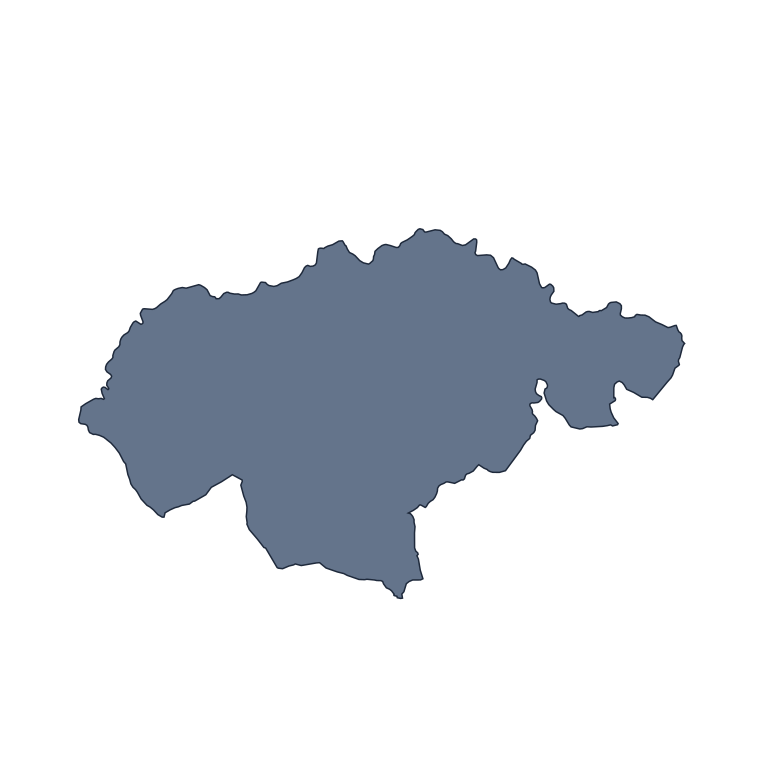 the district of Cuautempan, Puebla, Mexico, rotated 58°
{"feature_id": "50627088B27236807147286", "entity_name": "Cuautempan", "entity_type": "district", "adm_level": 2, "iso_a3": "MEX", "parent_name": "Mexico", "parent_adm1": "Puebla", "projection": "albers", "projection_center": [-97.792, 19.919], "detail": "fine", "context": "isolated", "style": "filled", "palette": "slate", "viewbox_px": 768, "rotation_deg": 58, "n_neighbors": 0, "source": "geoboundaries", "source_scale": "gbopen_adm2", "svg_char_len": 6170}
<svg xmlns="http://www.w3.org/2000/svg" viewBox="0 0 768 768"><g transform="rotate(58 384 384)"><path d="M519.5,248.1L525.9,241.8L527.1,239.2L527.8,234.6L530.2,231.2L535.8,221.0L537.7,216.6L538.7,213.5L540.7,212.4L542.3,207.5L541.6,206.4L534.4,207.1L528.3,206.3L524.8,205.3L520.6,203.3L520.6,196.8L520.0,196.0L519.1,195.5L517.7,195.5L517.4,196.4L509.0,191.1L506.4,188.6L505.8,185.2L506.2,182.9L509.0,181.2L512.0,180.8L517.1,181.0L523.5,176.7L531.8,172.4L534.9,167.7L537.3,165.6L539.7,164.4L532.5,142.9L530.9,137.4L529.3,134.5L524.8,128.9L524.4,124.0L524.0,123.2L520.7,122.3L519.4,121.2L518.4,119.2L510.9,111.3L509.3,108.8L509.0,107.6L505.1,108.3L502.7,107.1L501.1,105.9L499.4,105.4L497.5,105.6L496.3,106.2L494.1,106.2L489.2,105.1L488.6,106.2L487.5,111.2L486.6,113.3L481.0,116.7L475.2,120.8L467.4,123.7L464.0,126.1L461.6,129.7L459.0,132.6L459.0,134.5L459.8,135.8L459.0,138.7L457.4,142.1L455.7,144.7L453.2,146.3L450.8,147.0L449.5,146.3L446.0,142.8L443.4,141.2L440.9,141.4L437.5,143.5L435.1,148.3L434.9,149.5L435.1,151.2L437.1,154.7L437.0,160.8L436.1,161.9L435.9,162.8L436.2,163.8L433.9,169.1L431.2,171.5L430.4,173.0L430.0,174.5L430.4,179.4L429.7,181.8L430.0,182.6L429.8,183.2L423.7,185.3L420.9,186.3L418.9,187.6L417.2,188.1L413.2,187.1L412.2,187.3L411.1,188.1L410.0,189.7L409.4,191.7L407.5,195.8L404.0,199.1L402.6,199.3L400.2,198.5L398.4,196.9L397.2,195.1L395.4,190.8L392.4,189.1L390.5,189.0L387.8,189.8L387.0,190.8L387.4,196.4L387.0,197.6L386.1,199.0L385.3,199.2L381.4,199.0L370.9,195.3L367.6,195.2L363.1,196.9L357.0,200.7L356.2,202.7L355.2,203.6L354.6,203.6L347.0,207.6L346.1,207.7L344.8,208.7L345.5,210.8L347.8,214.2L350.1,219.2L350.0,222.5L348.9,224.7L346.8,225.5L345.5,225.5L335.0,224.2L331.3,225.4L328.9,228.5L324.6,236.7L322.9,237.6L320.9,237.3L319.9,235.9L312.9,230.2L310.9,229.1L309.9,229.3L309.4,229.6L308.5,231.1L309.2,241.1L308.1,244.1L304.1,247.1L302.9,248.6L300.3,249.6L296.6,250.0L291.9,251.3L289.0,253.3L285.8,253.8L283.5,254.9L280.3,259.0L277.4,268.0L276.5,269.0L273.6,269.2L271.4,271.3L271.0,273.0L271.6,275.7L272.1,277.4L273.4,279.1L273.8,281.6L274.1,287.9L273.5,293.6L273.7,295.4L275.1,297.3L275.7,299.5L274.7,301.3L270.0,305.2L266.7,308.4L266.0,310.0L265.5,312.4L265.9,317.5L266.7,321.3L269.2,323.4L270.3,325.2L272.4,326.8L273.5,328.1L274.2,332.2L274.1,333.6L270.3,337.3L266.5,339.2L259.9,340.5L257.3,341.6L254.2,343.6L250.2,343.6L246.7,343.0L245.7,343.5L241.4,343.3L240.5,343.5L238.9,346.5L238.6,353.8L237.3,358.5L237.0,361.8L237.2,363.2L235.3,365.6L234.7,367.0L234.7,368.1L236.7,370.0L245.7,377.3L246.6,379.4L246.4,381.7L245.2,384.2L243.0,385.8L242.7,387.6L243.2,389.8L246.1,394.5L248.0,399.1L248.0,402.6L247.5,405.9L246.3,411.8L244.1,417.7L244.0,422.5L242.9,425.7L239.4,429.5L237.2,430.4L235.2,430.7L232.8,433.7L232.5,434.9L237.0,443.2L237.3,445.3L237.2,447.9L235.8,452.8L232.9,457.8L230.4,459.9L228.5,463.1L225.3,466.6L223.6,467.6L222.8,468.9L222.4,472.0L223.9,476.4L224.2,478.7L222.7,481.2L221.2,481.1L220.2,481.5L219.0,483.1L216.9,484.6L210.3,484.1L207.1,485.1L203.1,487.2L201.6,488.5L197.9,501.0L195.3,503.9L193.8,508.0L193.2,511.0L193.1,513.1L194.9,516.1L197.5,523.2L197.8,526.0L197.8,530.9L198.7,536.4L198.6,538.6L198.0,540.8L193.0,547.6L192.6,549.1L194.9,553.2L196.7,554.0L203.6,555.4L204.6,556.2L204.8,557.4L204.6,558.5L199.1,561.1L198.8,562.8L199.1,564.4L201.6,569.2L203.9,572.0L204.6,574.0L204.6,578.7L205.4,581.5L206.5,583.5L208.4,585.6L210.7,587.1L211.9,589.2L212.6,594.1L213.4,595.7L216.1,598.8L217.9,599.9L218.6,601.6L219.3,606.0L220.3,608.8L222.0,611.0L224.1,612.5L226.9,612.5L231.1,610.8L233.0,610.8L234.2,612.2L234.9,616.6L236.2,618.4L238.2,619.8L241.8,619.7L242.5,620.4L242.5,621.1L239.0,622.4L237.9,623.7L237.9,625.1L238.5,626.5L242.5,628.0L248.3,628.9L248.3,630.1L246.3,631.5L245.2,634.0L243.5,636.0L243.0,638.4L242.6,647.4L242.9,653.0L245.5,654.9L252.4,661.8L254.8,662.9L256.9,662.2L259.9,658.7L261.7,657.8L263.8,658.0L266.4,659.1L269.2,659.4L272.6,657.3L273.9,655.2L276.8,652.5L280.6,649.9L289.3,646.8L295.4,645.7L302.4,645.1L311.8,645.9L314.9,645.4L325.1,649.2L330.1,650.2L334.6,651.6L338.6,651.6L341.9,650.7L345.1,650.5L352.8,650.9L361.3,649.3L364.4,647.6L368.6,646.2L374.9,645.0L379.3,642.7L380.3,641.1L377.2,637.9L377.4,632.0L378.1,626.8L379.2,623.4L379.8,619.9L382.7,612.6L382.3,608.0L383.0,606.6L383.5,593.8L380.1,585.2L380.8,573.7L380.6,560.7L390.2,555.2L391.5,555.8L393.9,559.0L404.6,562.3L411.3,563.6L415.9,565.5L419.0,567.6L423.5,571.1L429.4,573.7L430.1,574.5L436.1,575.4L448.1,573.6L459.0,572.5L460.4,571.3L483.0,571.9L484.1,571.3L486.9,567.9L488.0,561.0L489.5,556.5L489.6,554.6L494.1,550.4L499.9,536.2L501.4,533.3L509.3,530.7L518.6,523.2L523.5,518.5L526.8,516.6L536.5,508.8L539.7,504.1L540.5,502.0L545.2,495.9L546.8,494.3L549.2,490.7L550.8,489.8L553.3,490.3L558.1,490.0L561.1,488.0L563.4,487.2L567.7,486.8L568.1,487.5L568.8,487.5L570.9,485.5L572.3,486.0L574.7,483.5L575.4,481.8L571.6,480.2L570.7,477.2L565.2,470.9L564.8,467.4L565.4,463.5L569.5,456.9L569.8,454.2L561.1,451.9L550.7,447.6L547.1,447.1L546.5,445.3L545.0,444.9L542.6,445.6L539.2,444.9L526.4,437.0L521.4,433.3L517.2,431.8L515.0,430.4L511.7,429.8L509.5,430.0L508.0,430.3L506.3,431.8L506.7,426.1L506.5,421.2L505.5,418.2L505.7,417.3L507.0,416.4L510.5,414.5L510.4,413.2L508.6,409.7L508.1,407.0L508.1,403.7L507.0,400.8L504.8,397.4L503.0,395.4L500.8,393.8L499.6,391.5L499.4,389.2L500.0,385.8L500.0,383.2L500.8,381.8L505.7,376.7L506.4,368.9L507.3,367.9L507.1,366.1L504.6,363.2L504.2,361.3L504.8,359.2L505.1,354.4L503.1,348.5L502.7,346.4L508.4,343.8L511.2,341.8L512.7,341.5L514.6,340.3L516.5,338.6L520.1,333.0L521.9,326.9L512.6,303.4L509.7,297.9L508.0,293.5L507.4,289.3L505.1,287.0L504.6,282.8L503.3,280.4L499.4,277.5L496.6,273.2L493.9,272.9L491.0,273.1L488.4,273.8L487.1,273.6L486.3,272.8L484.2,272.0L479.7,271.8L478.4,271.0L478.2,269.4L478.5,268.3L479.5,267.0L481.2,263.3L481.2,261.3L480.2,258.3L479.2,257.5L478.1,257.3L475.7,258.8L473.0,259.8L470.8,259.6L468.4,258.5L463.8,253.4L461.6,252.0L461.6,250.6L462.6,248.8L466.1,246.1L468.1,245.5L471.5,245.9L473.0,247.0L473.7,248.2L473.6,250.1L476.5,253.0L484.5,255.1L488.8,255.2L495.5,253.7L498.5,252.8L505.6,248.9L509.2,248.5L516.9,248.6L519.5,248.1Z" fill="#64748b" stroke="#1e293b" stroke-width="1.5"/></g></svg>